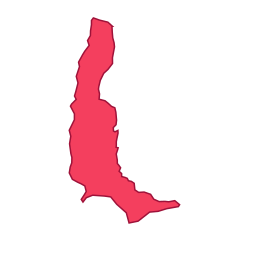 outline of Eledio, Paphos, Cyprus, rotated 206°
{"feature_id": "46923920B56719534080492", "entity_name": "Eledio", "entity_type": "district", "adm_level": 2, "iso_a3": "CYP", "parent_name": "Cyprus", "parent_adm1": "Paphos", "projection": "albers", "projection_center": [32.562, 34.811], "detail": "fine", "context": "isolated", "style": "filled", "palette": "rose", "viewbox_px": 256, "rotation_deg": 206, "n_neighbors": 0, "source": "geoboundaries", "source_scale": "gbopen_adm2", "svg_char_len": 1433}
<svg xmlns="http://www.w3.org/2000/svg" viewBox="0 0 256 256"><g transform="rotate(206 128 128)"><path d="M48.0,81.7L54.1,83.2L59.1,79.5L62.7,78.2L67.8,75.5L73.6,75.3L78.6,78.3L85.4,77.5L90.2,74.8L94.7,75.4L98.2,81.0L101.5,81.5L104.5,80.8L106.6,82.4L108.9,82.3L112.4,81.6L113.8,84.3L117.0,85.2L117.2,89.0L119.9,90.5L122.0,91.4L123.6,94.5L127.2,99.5L127.8,103.9L128.2,105.9L130.2,105.4L131.0,107.5L132.5,110.5L133.3,113.4L134.7,119.0L136.0,121.4L138.0,118.9L139.7,118.9L141.4,121.9L140.2,125.7L140.9,127.7L141.7,130.0L143.4,132.8L145.8,136.8L148.7,140.4L152.3,140.2L156.6,141.5L160.6,142.4L166.6,141.2L168.5,146.1L171.6,150.0L172.4,152.4L173.8,158.7L173.8,166.5L171.7,171.9L170.2,179.2L172.8,184.4L175.7,195.0L177.9,198.5L181.2,202.3L184.2,207.3L187.0,212.4L186.6,212.6L192.5,214.3L200.8,212.5L207.1,211.8L207.4,211.7L208.0,208.7L206.1,204.8L204.3,199.0L202.3,194.6L202.7,188.9L199.1,185.2L200.5,178.1L200.9,173.9L201.3,165.5L198.5,161.9L197.1,151.7L192.7,146.6L190.9,138.0L190.1,133.3L187.1,131.0L189.2,124.7L189.3,122.4L182.4,117.3L179.8,111.9L179.8,107.2L179.8,100.2L175.8,95.5L173.6,88.2L168.0,79.8L165.5,76.9L163.3,72.1L162.8,67.6L161.1,61.9L155.5,57.5L149.6,57.2L145.4,57.3L141.4,57.0L137.7,52.6L138.0,48.8L138.7,43.3L136.0,41.7L134.9,47.1L130.3,52.1L119.4,56.5L113.3,58.5L104.7,54.5L92.4,51.1L85.4,43.1L78.1,48.7L71.7,61.9L64.4,66.3L57.8,72.5L48.3,79.4L48.0,81.7Z" fill="#f43f5e" stroke="#9f1239" stroke-width="1.5"/></g></svg>